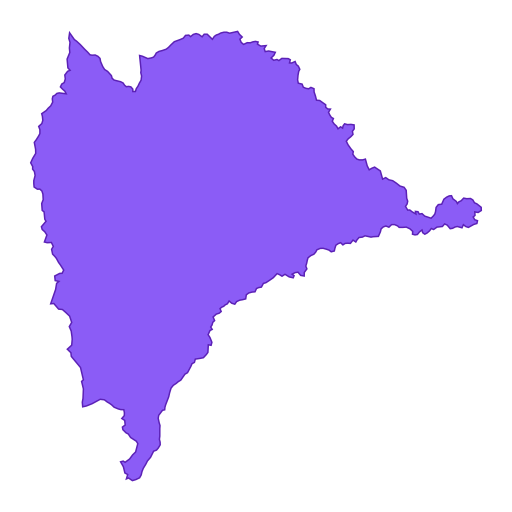 the district of Aral Moreira, Mato Grosso do Sul, Brazil
{"feature_id": "56859067B29301186174835", "entity_name": "Aral Moreira", "entity_type": "district", "adm_level": 2, "iso_a3": "BRA", "parent_name": "Brazil", "parent_adm1": "Mato Grosso do Sul", "projection": "orthographic", "projection_center": [-55.401, -22.967], "detail": "fine", "context": "isolated", "style": "filled", "palette": "violet", "viewbox_px": 512, "rotation_deg": 0, "n_neighbors": 0, "source": "geoboundaries", "source_scale": "gbopen_adm2", "svg_char_len": 5889}
<svg xmlns="http://www.w3.org/2000/svg" viewBox="0 0 512 512"><path d="M475.0,215.4L474.8,211.9L478.1,212.5L481.3,210.5L481.2,207.3L476.8,203.8L474.5,202.8L472.8,199.9L470.5,198.5L466.7,198.7L463.7,198.1L461.1,200.8L458.8,201.9L457.4,203.6L456.4,201.5L452.9,198.8L451.5,195.7L449.2,195.9L446.7,197.1L443.9,199.2L441.7,204.2L438.3,204.6L436.1,207.4L435.5,211.8L434.8,214.1L433.3,216.0L431.1,218.2L424.7,216.1L422.0,213.6L419.3,214.1L418.0,211.7L415.4,211.4L415.9,214.0L412.1,211.8L409.8,210.0L407.7,210.1L405.5,206.4L407.1,204.0L407.7,201.2L406.7,198.3L406.2,190.3L404.1,187.3L399.9,186.0L396.4,183.2L392.7,180.7L388.9,179.8L385.7,177.6L382.6,179.1L380.3,170.9L374.6,167.1L371.7,168.3L369.2,169.8L367.2,165.8L365.4,159.1L362.6,159.9L359.4,159.9L356.9,159.1L354.7,156.9L352.8,154.2L353.3,151.6L350.8,148.7L348.0,144.7L346.3,141.2L348.3,138.7L350.7,136.8L353.0,134.4L352.4,131.3L354.2,128.9L354.1,124.9L351.0,124.4L347.4,124.6L344.6,123.8L343.1,125.8L342.6,128.1L340.6,126.8L338.0,128.8L336.6,126.2L334.1,123.9L332.3,121.3L333.4,118.5L331.4,117.4L329.9,115.2L328.5,112.3L330.4,109.1L327.8,109.0L325.7,107.3L325.7,104.8L319.7,100.5L316.5,100.2L315.4,95.8L314.1,92.0L314.0,88.7L310.9,87.4L308.6,88.8L305.8,88.3L303.3,87.2L302.1,84.1L298.3,83.2L297.6,79.9L298.0,75.3L298.7,71.4L299.8,69.3L298.3,66.1L296.3,64.5L295.1,61.5L291.7,63.0L289.5,62.9L290.3,59.8L288.3,58.6L281.8,58.4L278.9,60.6L277.0,59.5L273.7,60.3L271.1,58.0L273.9,55.3L275.3,52.3L268.6,51.0L265.2,51.6L264.2,48.6L266.1,45.6L260.8,46.1L257.5,44.2L258.1,42.0L255.5,41.4L253.0,41.8L250.2,42.8L247.2,42.7L243.6,44.4L241.2,42.4L239.9,39.2L242.2,37.0L239.4,34.3L237.6,31.4L229.6,33.2L226.7,32.2L224.0,32.2L220.8,33.0L218.4,34.3L216.3,35.0L214.3,36.4L212.4,39.3L207.2,34.2L204.2,34.2L202.1,36.8L198.8,34.4L196.1,33.6L193.3,34.4L190.6,36.6L188.8,35.1L185.5,35.4L183.3,38.2L180.3,39.5L174.3,41.7L170.9,44.9L168.5,47.4L166.2,49.2L162.1,50.6L159.0,51.4L156.3,53.0L155.1,55.2L153.6,57.1L151.4,57.9L147.8,58.6L142.6,56.3L139.6,55.5L141.1,70.2L140.8,72.7L141.6,76.0L141.1,80.2L139.4,83.1L137.9,86.3L136.3,88.6L135.4,91.5L132.8,91.5L132.8,89.1L130.9,86.9L128.7,86.4L126.3,86.7L124.6,85.3L123.1,83.0L120.6,81.7L114.1,80.1L112.1,78.2L111.4,75.6L107.6,71.4L104.6,69.5L102.7,66.5L100.6,61.6L100.0,58.4L97.9,56.3L95.2,55.0L92.1,55.2L90.0,54.8L87.6,52.1L84.8,49.4L80.3,44.6L76.6,41.2L74.4,39.6L69.6,32.8L68.8,38.4L70.0,42.4L69.4,48.0L69.8,52.5L67.1,59.1L67.9,67.9L70.1,70.3L67.6,71.3L64.8,75.0L65.3,78.9L64.2,82.6L61.8,84.0L60.4,86.9L62.6,89.2L64.9,91.2L66.2,93.8L59.2,92.9L56.9,93.4L55.0,95.2L52.9,96.3L52.3,98.8L52.7,102.1L50.7,105.9L48.2,108.2L46.3,110.5L41.7,113.7L42.4,116.3L42.8,120.4L41.8,123.6L38.7,126.4L39.9,129.7L39.9,133.6L38.5,136.2L36.3,139.7L34.3,142.4L35.6,149.3L35.7,153.4L32.7,158.4L30.7,162.8L32.7,166.6L32.6,169.1L34.4,171.5L35.1,175.5L33.8,180.6L33.8,183.5L34.1,187.0L37.4,189.2L39.8,189.1L41.9,191.0L42.9,194.1L43.2,199.7L41.7,203.5L42.2,210.4L44.1,211.9L44.8,219.2L46.0,221.3L41.4,226.7L42.2,229.5L44.8,231.8L46.9,235.0L44.4,242.0L47.1,242.7L51.4,242.5L53.3,246.4L51.6,249.3L52.6,254.1L54.9,256.5L56.4,258.4L58.6,262.5L60.3,264.8L63.7,270.1L62.1,273.3L59.7,273.4L54.7,276.0L55.2,280.6L58.9,281.4L56.6,283.4L55.6,289.5L50.7,303.8L53.8,303.5L58.6,309.1L62.4,309.5L65.6,312.3L69.6,316.1L71.7,322.4L69.3,326.6L71.2,331.0L72.0,336.7L72.2,339.4L71.7,345.2L67.3,349.2L70.9,352.7L71.3,356.4L80.5,367.5L83.4,379.8L81.6,381.4L83.4,388.9L83.0,398.5L82.3,402.2L82.7,406.8L86.3,406.0L92.1,403.7L100.2,399.3L104.4,399.8L107.1,401.9L109.5,403.3L111.6,404.8L114.1,407.2L118.2,408.9L120.7,409.6L123.8,409.7L124.4,412.8L124.3,415.6L121.8,418.5L124.7,420.4L125.2,425.0L122.4,427.1L122.9,429.7L126.0,432.8L128.3,434.0L130.6,437.5L136.3,441.2L137.8,443.6L135.6,452.0L132.7,454.8L129.6,459.0L125.1,462.3L123.2,461.1L120.6,461.8L123.4,466.8L124.9,473.0L127.7,474.5L126.4,478.9L128.5,478.0L132.4,480.6L135.8,479.6L139.6,477.8L141.2,474.9L142.0,471.5L143.3,468.3L145.9,464.0L147.4,461.0L150.5,457.4L153.6,451.2L156.5,450.1L158.3,448.0L160.2,444.8L160.1,442.1L159.4,439.3L159.8,436.2L159.8,428.4L160.0,425.6L159.1,422.5L158.2,418.3L158.7,415.3L162.5,410.3L164.7,409.8L164.9,407.4L165.6,404.9L168.7,396.8L169.6,392.8L171.0,388.2L173.3,385.3L176.2,383.4L178.2,381.7L180.8,380.1L184.9,374.2L187.5,372.7L190.8,366.5L192.0,363.7L194.4,362.4L195.3,359.1L200.0,358.4L203.4,357.7L206.3,354.6L207.9,352.4L208.3,344.8L211.1,345.3L211.9,342.3L209.9,337.4L208.1,334.7L210.0,330.5L212.2,329.4L210.7,327.0L212.0,325.1L212.8,322.3L214.6,320.6L213.1,317.0L216.3,314.1L219.2,313.2L221.2,311.5L220.0,308.6L221.7,307.2L223.7,306.3L225.3,304.8L227.4,303.8L229.1,301.0L231.7,303.2L234.8,304.2L236.6,301.6L239.6,300.2L242.5,299.7L245.7,298.9L246.3,294.8L248.7,293.0L251.9,292.1L255.0,291.8L256.5,288.5L258.6,287.6L261.4,287.1L263.4,283.4L265.9,282.7L269.7,280.2L273.3,277.7L277.1,273.6L279.6,274.7L282.0,276.2L285.0,274.3L289.2,276.9L293.2,277.8L294.1,275.7L292.1,274.2L295.1,272.6L298.0,272.2L300.7,275.4L304.2,276.0L304.3,272.4L306.9,268.9L305.8,266.1L306.7,263.1L307.3,260.2L308.0,257.8L310.8,255.6L313.9,254.2L315.7,252.1L316.9,249.8L320.2,248.4L323.1,248.3L326.4,249.2L329.0,250.1L331.2,251.8L334.3,251.0L334.9,248.3L335.9,245.2L338.3,243.6L340.6,242.7L342.9,244.9L345.1,243.4L347.7,243.2L350.4,243.4L353.0,240.1L355.8,242.0L356.9,240.0L359.0,237.5L362.4,237.1L365.0,235.8L371.0,237.1L373.3,236.7L378.4,236.4L380.4,231.8L381.1,228.9L383.3,226.9L385.9,226.0L388.9,227.2L391.6,224.6L394.6,224.6L397.6,225.9L399.2,227.4L402.6,227.4L406.3,227.1L409.9,228.8L412.7,231.4L412.5,234.2L415.0,234.9L417.4,234.5L419.5,231.9L422.0,230.0L422.7,232.7L424.8,234.2L427.1,233.0L429.6,230.8L431.3,228.5L433.6,229.5L437.0,227.1L442.4,226.5L444.6,223.9L447.2,225.1L450.2,228.7L452.6,228.3L455.1,227.0L457.3,226.5L462.0,227.8L463.4,224.7L465.7,226.5L468.4,227.4L473.8,224.4L476.9,223.5L477.5,220.7L474.7,219.7L473.2,217.0L475.0,215.4Z" fill="#8b5cf6" stroke="#5b21b6" stroke-width="1.5"/></svg>